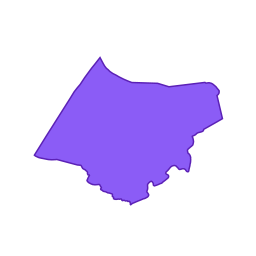 Preah Vihear, Preah Vihéar, Cambodia (Equal Earth projection), rotated 76°
{"feature_id": "14789045B58116618058730", "entity_name": "Preah Vihear", "entity_type": "district", "adm_level": 2, "iso_a3": "KHM", "parent_name": "Cambodia", "parent_adm1": "Preah Vihéar", "projection": "equal_earth", "projection_center": [105.027, 13.736], "detail": "fine", "context": "isolated", "style": "filled", "palette": "violet", "viewbox_px": 256, "rotation_deg": 76, "n_neighbors": 0, "source": "geoboundaries", "source_scale": "gbopen_adm2", "svg_char_len": 4273}
<svg xmlns="http://www.w3.org/2000/svg" viewBox="0 0 256 256"><g transform="rotate(76 128 128)"><path d="M131.7,225.4L132.8,224.6L134.2,222.9L135.0,221.9L135.7,220.6L136.4,219.2L137.0,217.9L137.8,216.2L138.5,214.7L139.3,213.0L139.8,211.5L140.4,209.6L140.7,208.1L141.1,206.2L141.3,204.7L151.7,185.9L151.9,185.2L152.3,184.1L152.5,183.6L152.6,183.1L153.0,182.6L154.1,182.3L154.5,182.3L154.9,182.1L155.3,181.9L156.2,181.8L156.5,181.5L157.0,181.1L157.3,180.7L157.7,180.4L158.0,179.9L158.5,179.4L159.1,179.2L160.0,178.5L160.4,178.3L161.1,178.0L161.9,178.2L162.7,178.4L163.3,178.2L163.7,178.2L163.9,177.8L164.2,177.0L164.7,176.9L165.2,177.4L165.8,178.0L166.3,178.4L167.0,179.0L167.5,179.4L168.1,179.7L168.6,180.3L169.1,180.5L169.8,180.3L170.3,180.2L171.0,179.6L171.5,179.3L171.9,179.0L172.5,178.2L173.3,177.4L173.5,177.1L174.0,176.3L174.3,176.0L174.5,175.4L174.8,174.6L175.1,173.9L175.2,173.4L175.3,172.7L175.5,171.7L175.6,170.6L175.9,169.5L176.5,169.1L177.2,168.9L177.8,168.8L178.4,168.7L179.2,168.2L179.8,168.5L180.5,169.3L181.0,169.3L181.5,169.0L182.0,168.4L182.3,168.0L182.9,167.7L183.4,167.3L183.9,166.4L184.3,165.4L184.9,164.6L185.5,163.9L186.1,163.2L186.4,162.3L186.7,161.6L187.5,160.5L187.8,159.8L188.5,159.2L189.3,159.3L189.9,159.6L190.6,159.7L191.1,159.3L191.8,158.8L192.4,158.9L193.1,159.1L193.5,158.6L193.8,158.2L194.1,157.8L194.2,157.0L194.4,156.5L194.5,156.0L194.5,155.4L194.6,154.6L194.9,153.7L195.1,153.3L195.1,152.8L195.1,152.4L195.2,151.9L195.7,151.5L196.6,151.4L197.1,151.0L197.1,149.9L197.4,148.9L198.1,148.2L198.3,147.7L198.3,146.8L198.5,146.3L198.9,146.1L199.3,145.8L199.3,145.1L199.5,144.4L199.8,144.1L200.3,144.0L200.9,144.1L201.2,143.8L201.9,143.9L202.6,144.2L203.1,143.9L202.5,142.6L202.2,141.9L202.0,140.3L201.8,139.1L201.6,138.1L201.4,136.6L201.2,135.5L201.1,134.4L200.9,133.2L200.7,131.8L200.5,130.7L200.4,129.6L200.5,129.0L200.3,128.0L199.9,126.6L199.7,125.8L199.1,124.9L198.5,124.4L198.0,124.1L197.0,124.2L196.4,124.4L195.9,124.6L195.3,124.8L194.8,125.1L194.3,125.1L193.3,124.6L192.3,123.9L191.0,123.4L188.8,123.0L187.8,122.8L187.1,122.2L186.4,121.3L186.1,120.8L185.6,119.8L185.4,119.2L185.3,118.3L185.9,117.6L186.6,117.3L187.3,117.1L188.0,116.9L188.6,117.0L189.2,117.2L189.8,117.1L190.2,116.7L190.5,116.5L190.5,115.4L190.4,114.2L190.3,113.3L190.2,112.5L190.1,111.9L190.0,111.3L189.8,110.6L189.8,110.0L189.7,108.9L189.6,108.5L189.3,107.9L189.0,107.5L188.6,106.6L188.2,105.7L187.8,104.7L187.3,103.7L186.4,101.7L185.9,100.9L185.2,100.4L184.5,100.2L183.7,100.3L183.0,100.7L182.6,101.2L182.2,101.8L181.7,102.1L181.2,102.3L180.7,102.2L180.2,101.9L179.8,101.5L179.5,100.9L179.2,100.3L178.9,99.9L178.7,99.4L178.2,98.9L177.9,98.4L177.6,97.9L177.0,97.2L176.5,96.5L176.2,96.0L175.9,95.5L175.7,94.8L175.5,94.0L175.5,93.0L175.6,92.0L176.0,91.2L176.4,90.7L176.9,90.3L177.7,89.9L178.2,89.6L178.8,89.2L179.3,89.0L179.9,88.8L180.4,88.4L180.7,88.0L180.8,87.3L180.8,86.4L180.7,85.5L180.8,84.8L180.9,84.2L181.2,83.5L181.5,83.0L181.9,82.7L182.4,82.3L183.4,82.0L184.3,81.5L184.6,81.2L184.9,80.7L185.0,80.2L184.6,79.6L183.8,79.2L183.2,78.9L182.5,78.7L182.1,78.4L181.3,78.0L180.2,77.4L179.1,76.9L178.0,76.5L177.2,76.0L176.0,75.5L174.7,75.1L173.8,74.8L172.9,74.7L171.6,74.3L170.2,74.4L169.4,74.5L168.0,75.0L167.0,75.8L165.9,75.9L164.6,75.8L163.9,75.7L163.4,75.3L162.9,74.6L162.4,73.7L162.1,73.0L161.5,71.9L161.1,70.9L160.7,70.2L160.1,69.2L159.2,68.7L158.0,68.1L157.0,67.7L156.1,67.6L155.0,67.5L154.0,67.5L153.0,67.5L152.1,67.8L151.5,67.5L151.4,66.8L151.3,66.0L151.0,65.0L150.9,64.3L150.6,63.7L150.1,63.0L149.7,62.1L149.5,61.0L149.5,59.6L149.5,58.0L149.3,56.5L148.8,55.5L148.0,55.1L147.6,54.8L141.8,34.1L118.0,33.8L117.3,32.4L116.2,31.3L115.0,30.8L113.8,30.6L112.5,31.2L111.1,31.9L109.4,32.6L107.8,33.7L106.7,34.5L105.7,35.3L104.8,36.3L104.1,37.6L103.7,38.4L103.6,39.1L103.5,39.8L103.4,40.5L103.4,41.1L103.1,41.8L102.4,42.3L97.9,78.3L91.8,88.5L84.8,113.3L82.2,117.0L79.6,120.4L77.8,122.5L75.9,124.7L73.9,126.7L71.4,129.6L68.8,131.9L66.6,133.2L64.9,134.5L62.5,135.6L60.8,136.1L59.4,136.5L58.1,136.8L57.1,137.1L55.7,137.4L54.2,137.8L52.9,138.1L53.6,139.0L55.0,140.8L58.5,145.3L61.2,148.9L65.1,153.6L68.6,157.8L71.9,161.4L74.2,163.9L74.9,164.9L76.6,167.3L79.8,171.4L85.0,176.7L116.2,209.4L119.5,212.8L131.7,225.4Z" fill="#8b5cf6" stroke="#5b21b6" stroke-width="1.5"/></g></svg>